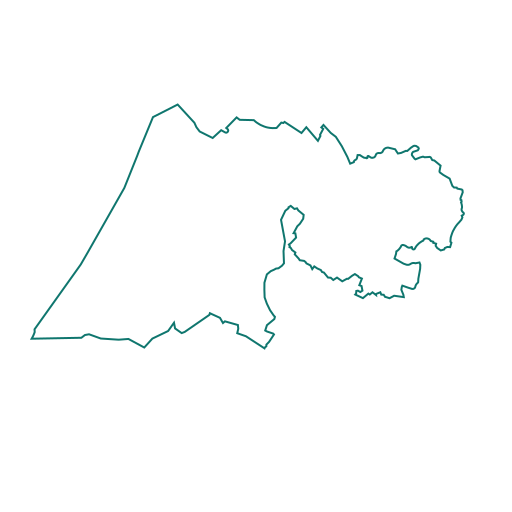 Ath-Thawrah, Ar Raqqah, Syria, rotated 113°
{"feature_id": "27442178B46572819209410", "entity_name": "Ath-Thawrah", "entity_type": "district", "adm_level": 2, "iso_a3": "SYR", "parent_name": "Syria", "parent_adm1": "Ar Raqqah", "projection": "natural_earth1", "projection_center": [38.3, 35.804], "detail": "fine", "context": "isolated", "style": "outline", "palette": "teal", "viewbox_px": 512, "rotation_deg": 113, "n_neighbors": 0, "source": "geoboundaries", "source_scale": "gbopen_adm2", "svg_char_len": 6003}
<svg xmlns="http://www.w3.org/2000/svg" viewBox="0 0 512 512"><g transform="rotate(113 256 256)"><path d="M168.4,405.1L205.6,404.7L210.3,404.5L244.8,403.8L318.6,412.3L332.3,414.0L410.0,431.2L412.5,430.0L414.5,429.9L416.3,429.9L418.0,430.0L419.8,430.2L399.5,384.8L395.6,382.6L393.3,379.1L392.6,366.6L386.7,349.7L382.2,341.0L383.9,323.1L372.5,319.1L359.4,307.6L349.5,305.4L354.3,302.2L356.0,294.3L353.8,292.0L328.4,275.9L326.7,276.1L327.0,265.0L330.6,260.2L328.3,259.1L326.6,245.7L329.9,243.9L334.4,243.1L333.8,233.9L337.7,212.1L336.7,212.1L335.1,211.2L333.5,211.8L329.9,210.4L321.2,208.8L320.7,209.9L321.2,216.4L321.0,218.4L315.4,218.9L306.9,214.5L304.6,214.8L303.7,216.7L300.4,221.9L295.6,227.4L290.7,231.9L283.8,235.1L277.3,237.8L268.7,238.8L264.2,236.5L261.4,233.9L259.8,232.7L258.5,230.5L254.8,228.3L251.8,227.4L240.7,232.6L231.2,235.0L212.9,247.1L202.9,246.7L199.4,244.8L198.5,245.1L196.3,243.6L197.7,239.0L196.1,236.9L197.5,234.9L199.5,228.2L203.3,227.1L209.2,228.2L212.5,229.6L220.3,230.3L219.8,228.6L223.4,226.3L230.8,229.1L232.6,230.2L233.7,228.7L234.7,228.7L235.0,227.1L236.4,225.2L237.4,221.1L239.3,221.0L241.7,215.7L242.8,214.1L241.7,209.8L242.2,208.0L243.1,206.7L243.4,202.2L246.1,199.1L242.8,198.3L243.5,194.8L243.6,190.8L244.9,189.0L244.7,187.0L247.7,181.3L246.8,178.7L247.9,175.5L244.2,173.0L245.6,166.7L241.4,163.4L241.1,162.3L236.6,159.8L234.0,157.9L234.7,154.0L235.4,153.0L235.4,149.7L242.5,149.5L242.4,147.1L246.3,144.5L248.4,145.9L248.1,148.7L249.0,150.0L251.4,149.2L252.7,149.6L253.0,141.1L246.7,137.9L247.0,136.2L243.9,134.6L245.0,130.3L244.2,130.8L240.8,127.4L242.6,125.6L241.8,123.3L243.2,121.2L243.0,120.0L242.7,116.6L238.6,113.3L236.1,103.9L234.1,105.2L230.3,109.0L227.5,109.7L226.1,109.7L225.7,103.4L225.4,100.5L225.4,100.0L225.3,99.5L225.2,99.2L225.1,98.9L224.9,98.5L224.6,98.2L224.3,97.9L224.0,97.7L223.7,97.5L223.4,97.4L222.9,97.3L222.5,97.3L220.9,97.5L220.3,97.5L219.7,97.4L218.7,97.2L218.0,96.9L217.4,96.6L216.8,96.5L213.4,97.7L203.7,99.9L199.9,101.3L198.1,103.0L200.4,106.4L200.5,107.1L200.7,107.8L201.0,108.5L201.3,109.1L201.7,109.6L202.2,110.1L202.7,110.5L203.4,111.0L203.9,111.4L204.4,112.0L204.7,112.6L205.0,113.3L205.2,114.0L205.4,117.2L204.2,127.5L199.5,127.9L196.9,128.6L196.1,128.0L195.3,127.6L194.4,127.2L193.6,126.9L192.8,126.7L192.0,126.5L191.0,126.3L190.0,126.3L189.5,126.2L189.3,126.0L189.0,125.8L188.7,125.6L188.6,125.3L188.4,125.0L188.3,124.4L188.2,123.7L188.2,123.0L188.2,122.4L188.3,121.7L188.5,121.1L188.6,120.5L188.7,120.1L188.7,119.5L188.7,119.0L188.6,118.6L188.5,118.3L188.2,117.6L188.0,117.3L187.7,117.0L187.0,116.4L186.9,116.3L186.9,116.1L186.9,115.9L187.1,115.7L187.7,115.5L188.0,115.3L188.2,115.0L188.4,114.7L188.5,114.2L188.5,113.8L188.3,113.4L188.1,113.1L187.7,112.8L187.4,112.7L185.5,112.5L184.5,112.3L183.6,112.1L182.3,111.6L181.0,111.1L179.7,110.4L178.6,109.7L177.3,108.8L177.0,108.4L176.6,108.2L176.3,108.0L175.9,108.0L175.6,108.0L175.2,108.1L174.9,107.9L174.4,107.5L173.9,107.1L173.6,106.7L173.3,106.2L173.0,105.6L172.9,105.0L172.8,104.3L172.8,103.7L172.9,103.0L173.1,102.4L173.3,102.0L173.9,101.0L173.6,98.4L174.6,98.0L174.3,95.0L176.4,94.6L177.8,92.4L178.7,88.1L176.4,85.3L174.9,85.3L172.9,83.4L172.0,80.8L167.4,81.3L166.9,82.6L165.0,83.3L163.1,83.9L162.4,84.0L160.7,84.2L159.3,84.3L157.8,84.4L156.0,84.4L154.3,84.2L152.4,84.0L150.7,83.7L149.4,83.4L147.9,83.0L145.7,82.2L142.3,81.1L139.8,81.1L138.5,82.4L137.1,81.3L136.6,81.2L136.2,81.2L135.9,81.2L135.7,81.3L135.4,81.5L135.2,81.7L135.0,82.1L134.8,82.9L134.4,83.5L134.0,84.1L133.7,84.4L133.4,84.7L133.0,84.9L132.4,85.1L131.9,85.2L131.3,85.2L130.4,85.5L129.6,85.9L128.8,86.4L128.0,86.9L127.3,87.5L126.5,88.2L125.8,87.9L124.3,88.8L124.4,89.6L123.1,90.3L116.6,90.6L114.8,91.6L114.4,92.6L115.3,97.0L114.6,98.0L115.6,100.4L114.7,102.7L109.1,108.0L108.2,115.2L107.3,119.1L107.2,119.4L107.0,119.7L106.8,119.9L106.5,120.1L106.3,120.2L106.0,120.3L100.7,121.4L98.4,129.2L98.7,130.5L98.8,131.3L97.4,133.1L97.2,133.4L97.0,133.7L96.9,134.0L96.9,134.3L96.9,134.6L97.0,134.8L97.0,135.1L97.2,135.4L97.4,135.7L99.2,139.3L99.3,141.1L101.2,143.5L104.7,147.0L104.5,148.0L102.3,151.8L101.9,152.1L101.4,152.3L100.7,152.4L100.0,152.4L99.4,152.3L98.7,152.0L96.0,148.9L95.4,148.3L93.6,148.1L92.7,148.9L92.3,150.9L92.2,151.4L92.2,151.8L92.4,152.5L92.6,153.2L93.0,153.8L93.3,154.0L93.6,154.3L93.9,154.5L94.3,154.7L95.3,155.4L96.2,155.9L97.3,156.4L98.3,156.9L100.2,157.8L100.7,159.2L104.4,162.7L106.2,165.4L104.7,167.7L103.4,169.6L104.6,176.8L105.0,177.5L105.4,178.1L105.9,178.7L106.4,179.1L107.0,179.5L107.6,179.8L108.2,180.0L108.9,180.1L109.5,180.2L110.2,180.2L110.5,180.2L111.0,180.4L111.5,180.6L111.8,180.9L112.1,181.1L112.6,181.6L112.9,182.3L113.2,183.2L113.4,183.6L113.8,184.2L114.2,184.6L114.8,185.0L115.5,185.2L116.1,185.2L116.9,185.2L117.4,185.2L117.9,185.3L118.5,185.5L119.0,185.8L119.4,186.2L120.3,187.5L120.5,188.6L120.1,191.1L120.0,191.4L120.0,191.6L120.1,191.8L120.2,192.0L120.4,192.1L120.6,192.2L120.8,192.3L121.1,192.2L121.5,191.9L121.9,191.8L122.1,191.8L122.3,191.9L122.5,192.0L122.8,192.4L122.8,192.7L122.7,192.9L123.3,195.0L123.1,196.7L122.5,199.9L123.4,201.9L126.0,201.4L126.5,201.3L127.1,201.3L127.6,201.4L128.1,201.6L128.5,201.9L128.9,202.2L129.2,202.4L129.5,202.6L129.8,202.7L130.3,202.8L130.8,202.8L131.4,202.6L134.2,205.4L129.1,210.6L121.4,219.9L115.1,229.1L113.5,235.3L109.0,245.1L112.1,246.1L112.7,243.8L119.5,244.4L120.3,243.6L125.8,244.0L117.8,260.0L125.0,262.2L121.4,282.1L122.9,282.8L123.3,284.8L130.1,287.1L130.8,288.4L131.3,289.6L131.8,290.7L132.3,292.2L132.6,293.1L132.9,294.3L133.2,295.6L133.4,296.8L133.5,297.8L133.6,299.1L133.6,300.3L133.6,301.6L133.6,302.6L133.5,303.8L133.3,305.1L133.1,306.3L132.9,307.5L132.6,308.7L132.2,309.9L131.8,311.1L137.0,324.2L136.0,328.0L149.8,333.4L150.4,331.4L150.8,331.0L151.1,330.8L151.3,330.6L151.9,330.5L152.5,330.5L152.8,330.6L153.1,330.7L153.6,331.0L154.0,331.4L154.2,331.9L154.3,332.4L154.3,332.6L153.8,337.2L164.3,342.0L163.4,356.5L160.7,361.2L157.4,364.8L147.2,387.3L168.4,405.1Z" fill="none" stroke="#0f766e" stroke-width="2"/></g></svg>